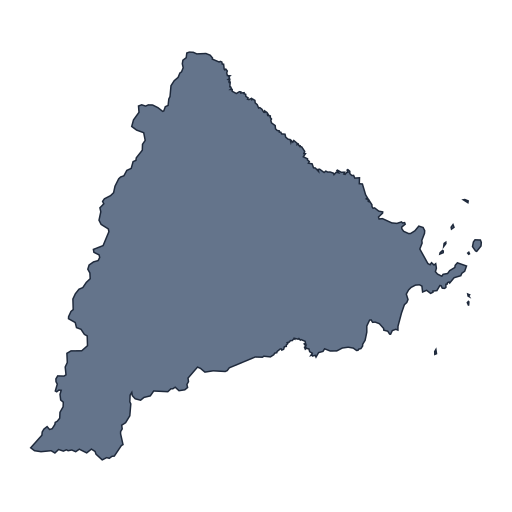 the district of Sawi, Chumphon, Thailand
{"feature_id": "78962969B1514020296761", "entity_name": "Sawi", "entity_type": "district", "adm_level": 2, "iso_a3": "THA", "parent_name": "Thailand", "parent_adm1": "Chumphon", "projection": "orthographic", "projection_center": [99.078, 10.244], "detail": "fine", "context": "isolated", "style": "filled", "palette": "slate", "viewbox_px": 512, "rotation_deg": 0, "n_neighbors": 0, "source": "geoboundaries", "source_scale": "gbopen_adm2", "svg_char_len": 5997}
<svg xmlns="http://www.w3.org/2000/svg" viewBox="0 0 512 512"><path d="M72.9,299.0L73.2,309.6L71.0,311.4L68.6,316.6L68.5,318.7L75.2,322.5L76.5,327.6L81.0,329.3L84.4,334.4L87.2,335.9L87.5,345.7L81.7,350.8L71.0,350.9L66.9,353.3L67.3,362.5L65.2,367.0L66.0,374.8L64.0,376.1L57.7,375.9L55.9,378.9L56.0,381.7L57.3,384.1L55.3,391.0L56.7,391.8L58.9,390.1L61.2,390.3L60.0,394.4L60.7,400.0L63.3,402.2L63.1,406.8L60.0,412.3L59.7,418.2L57.2,421.3L55.2,422.4L54.9,424.4L52.2,428.7L49.6,429.5L47.1,426.6L43.9,429.1L42.2,432.0L41.9,435.2L30.7,447.8L34.5,450.7L41.0,451.7L51.1,450.7L54.9,453.0L58.6,449.5L63.4,451.1L66.4,449.8L68.1,450.7L71.8,450.0L75.7,451.7L79.3,449.2L86.7,452.9L91.4,449.1L95.1,451.5L96.0,454.2L102.2,459.9L106.7,457.6L109.3,458.3L112.0,456.3L114.3,456.1L121.4,445.5L123.0,444.6L120.6,433.9L120.6,431.6L122.2,428.9L121.7,425.2L125.6,422.7L129.8,415.8L130.8,403.9L129.8,401.8L130.1,395.1L131.8,392.4L132.3,395.6L135.2,398.8L140.6,400.2L144.0,397.4L150.3,395.9L153.7,391.0L167.8,391.7L170.9,388.8L172.8,388.8L175.2,387.2L179.0,390.7L184.8,389.8L187.6,387.5L186.9,384.5L188.5,381.6L188.0,378.1L197.5,367.1L200.5,368.4L204.9,372.1L213.2,370.8L225.2,371.5L227.2,370.6L229.3,367.8L255.2,357.0L262.5,357.2L263.8,356.2L270.4,356.9L273.8,354.7L274.6,353.2L276.8,352.7L277.1,351.5L280.2,349.0L281.4,349.0L281.8,350.1L283.6,349.3L284.4,346.7L286.3,346.4L286.3,345.0L287.8,343.6L287.2,342.6L289.4,342.0L290.4,340.6L292.2,340.6L293.8,338.8L294.6,339.1L294.4,338.3L298.2,339.2L298.9,338.5L300.3,340.1L301.1,339.6L305.1,341.3L305.5,343.4L304.7,343.7L305.7,344.2L304.7,344.7L306.0,345.8L304.8,347.0L305.4,347.4L304.6,347.5L305.3,349.2L306.3,348.4L308.9,348.9L309.7,351.7L312.3,353.2L310.8,355.5L312.2,355.1L312.6,356.0L315.2,355.3L316.0,357.1L318.6,352.6L323.0,351.4L324.6,348.8L330.2,351.0L336.8,350.9L342.4,348.0L348.2,347.2L353.3,348.1L356.6,350.5L358.0,350.3L358.8,349.1L360.9,348.6L362.6,346.1L362.7,344.2L365.1,340.3L366.8,332.1L366.8,326.0L369.6,320.1L371.1,319.9L372.6,322.3L375.2,322.1L379.4,323.7L383.6,328.4L383.8,330.2L387.8,331.2L389.6,334.1L390.6,334.2L392.3,330.6L395.8,329.3L397.9,330.1L398.0,326.2L401.5,313.0L404.4,304.7L406.8,302.5L408.0,299.5L406.3,294.1L408.6,289.9L411.1,287.4L415.5,285.1L419.5,284.8L421.9,286.1L422.6,292.0L426.6,290.3L430.6,293.4L433.0,292.2L432.9,291.1L436.9,290.6L439.9,285.5L441.0,285.7L442.3,288.2L444.6,288.4L445.9,287.4L445.9,284.3L447.3,284.0L447.5,282.6L449.1,282.0L449.7,283.0L454.1,277.7L460.8,275.7L461.8,273.3L464.7,271.2L466.5,266.0L457.4,262.8L455.2,265.3L454.8,267.5L449.7,270.6L447.6,273.5L443.1,274.3L441.8,276.2L437.5,274.1L435.4,271.7L436.4,268.2L435.7,263.7L434.0,265.0L431.5,262.7L430.1,264.7L427.9,263.6L419.8,249.0L422.1,243.1L421.8,240.4L424.5,233.4L424.7,230.7L423.1,227.5L418.8,226.1L414.9,230.8L410.6,233.5L408.7,233.6L403.6,231.3L401.8,228.7L401.7,227.1L405.2,224.2L404.6,222.6L402.5,223.0L401.5,221.9L396.9,223.4L391.8,222.9L382.4,218.6L379.1,219.0L378.5,217.0L382.6,213.1L382.7,211.9L378.7,211.1L374.6,207.9L373.1,208.3L372.0,206.7L371.9,204.7L369.1,200.4L368.8,201.6L368.1,201.1L368.6,199.7L365.6,198.7L367.8,198.5L365.6,194.8L362.4,184.0L359.3,183.7L359.5,177.8L354.8,178.1L353.6,175.4L351.8,175.5L349.8,173.6L349.8,171.3L347.8,169.6L347.1,170.1L348.0,172.2L346.6,172.5L345.1,174.4L343.8,174.0L344.6,172.2L341.2,172.3L337.4,170.1L336.9,170.5L338.6,172.8L336.3,172.2L334.0,174.6L333.5,173.2L330.2,172.0L327.7,172.1L325.8,171.1L324.1,172.5L319.6,169.2L318.1,169.4L318.5,171.4L315.3,168.0L313.5,167.8L312.1,163.8L308.4,163.2L309.3,161.5L307.4,159.9L307.5,158.8L303.3,156.8L305.4,153.7L303.8,153.6L304.7,151.4L301.7,146.9L299.9,146.6L300.1,145.7L298.8,145.5L298.3,144.0L297.1,144.6L297.2,143.4L293.8,140.5L292.8,142.2L291.4,140.7L290.9,142.4L290.2,139.6L288.1,139.2L285.7,137.2L285.0,134.2L281.6,133.9L280.8,132.2L279.3,132.1L279.2,130.8L277.2,130.5L275.5,128.8L275.2,125.6L271.5,122.9L270.8,120.3L271.5,119.0L270.3,117.6L270.3,115.9L267.7,115.5L267.5,114.5L268.3,114.5L267.0,112.5L264.8,111.0L264.9,112.4L263.8,112.3L261.9,109.2L259.8,107.6L258.6,108.0L257.2,104.6L255.2,102.9L254.9,100.4L252.6,99.0L251.9,99.7L251.5,98.4L248.9,99.6L247.5,99.2L248.1,97.9L245.8,96.4L245.7,94.3L244.0,93.7L244.1,92.7L240.8,93.0L240.9,91.9L239.4,91.7L236.3,93.5L232.2,91.3L232.2,89.6L230.4,89.5L231.5,88.7L230.6,86.8L229.8,86.8L230.2,82.2L229.2,82.5L228.9,81.8L229.8,79.9L228.1,79.5L229.6,78.3L228.9,76.8L230.0,75.8L227.4,75.6L226.7,73.0L227.3,71.0L225.8,69.1L224.9,69.9L224.2,69.2L223.6,64.2L222.3,64.1L221.8,62.0L220.3,61.4L219.1,62.0L212.3,59.1L212.5,58.0L210.2,55.2L205.9,53.5L196.8,53.9L193.3,52.3L189.3,52.1L186.8,53.0L186.2,57.7L182.9,60.2L182.3,63.8L183.2,67.7L181.5,71.9L179.9,73.0L178.1,77.4L174.2,80.7L171.0,85.7L170.0,96.6L168.8,99.0L168.1,105.4L165.3,106.7L163.8,110.9L162.7,111.4L158.0,107.7L152.6,105.0L148.3,104.9L145.6,106.1L141.7,104.8L138.5,106.0L139.0,112.3L133.5,119.9L131.7,126.5L136.6,130.1L143.7,132.7L145.2,140.4L142.5,144.3L142.3,150.2L136.3,157.8L135.9,160.4L133.1,161.6L131.2,168.4L126.8,170.4L123.9,175.8L120.6,177.0L118.7,178.8L115.0,186.2L113.6,192.7L110.6,195.6L104.4,198.8L102.6,201.4L103.8,203.8L99.9,207.8L100.8,211.8L99.0,220.2L101.1,224.4L108.3,228.9L108.9,231.7L103.1,245.6L93.4,249.4L93.9,252.3L99.1,254.9L99.7,257.5L98.1,260.6L93.5,261.9L89.1,265.0L87.8,269.2L89.9,273.0L90.2,278.7L86.3,282.4L82.8,287.6L79.0,289.2L75.4,293.7L72.9,299.0ZM476.7,251.4L481.0,246.0L481.3,242.4L480.4,240.0L475.0,239.8L473.4,242.0L472.5,246.6L475.5,250.9L476.7,251.4ZM464.8,199.5L463.3,199.8L467.9,202.7L468.2,200.9L464.8,199.5ZM453.0,224.6L451.1,227.2L451.5,229.1L454.0,227.3L453.0,224.6ZM443.2,252.7L443.3,251.0L442.6,250.4L440.1,252.7L439.8,254.1L443.2,252.7ZM434.8,354.4L436.5,353.7L435.9,349.5L434.7,351.5L434.8,354.4ZM468.6,305.6L468.9,301.9L468.4,301.4L467.3,302.6L468.6,305.6ZM443.7,246.5L445.9,243.6L445.8,242.2L444.1,243.4L443.7,246.5ZM469.2,296.7L468.7,295.9L469.6,294.8L467.7,294.0L468.1,296.1L469.2,296.7ZM468.7,254.3L469.5,253.8L468.8,252.2L467.7,253.1L468.7,254.3Z" fill="#64748b" stroke="#1e293b" stroke-width="1.5"/></svg>